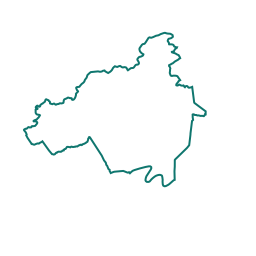 Palestina, Guayas, Ecuador, rotated 236°
{"feature_id": "8360857B38620743711757", "entity_name": "Palestina", "entity_type": "district", "adm_level": 2, "iso_a3": "ECU", "parent_name": "Ecuador", "parent_adm1": "Guayas", "projection": "robinson", "projection_center": [-79.904, -1.631], "detail": "fine", "context": "isolated", "style": "outline", "palette": "teal", "viewbox_px": 256, "rotation_deg": 236, "n_neighbors": 0, "source": "geoboundaries", "source_scale": "gbopen_adm2", "svg_char_len": 5865}
<svg xmlns="http://www.w3.org/2000/svg" viewBox="0 0 256 256"><g transform="rotate(236 128 128)"><path d="M58.9,137.7L66.1,142.3L69.9,145.2L75.3,148.9L75.6,149.7L76.1,152.6L78.5,165.8L79.5,169.1L87.5,176.0L88.7,176.9L98.0,185.0L98.3,186.5L100.5,187.5L103.0,189.1L103.0,189.5L102.5,190.2L101.4,190.7L100.6,191.9L99.7,192.4L99.0,193.5L98.2,194.3L97.6,194.7L96.3,196.7L95.6,197.2L95.4,197.5L95.5,198.0L95.8,198.4L95.8,199.4L96.2,199.6L95.9,200.0L98.4,201.7L111.0,197.3L111.6,197.1L112.3,197.2L126.2,204.2L126.5,202.7L126.8,202.2L127.0,201.6L127.6,200.8L127.9,200.7L129.4,200.6L130.0,200.1L130.3,199.4L130.3,198.8L130.0,198.0L130.7,197.8L131.9,197.9L132.3,197.8L132.5,197.1L132.8,196.6L133.5,195.8L135.2,194.9L135.4,194.5L135.3,193.8L135.5,192.9L135.7,192.5L136.3,192.0L136.7,192.0L137.5,193.1L137.6,193.7L138.3,195.8L138.5,196.0L138.6,196.3L138.5,198.0L143.3,197.9L144.3,197.2L145.2,196.1L146.1,194.7L146.6,193.5L147.1,193.1L147.5,192.8L148.0,192.8L149.3,193.1L150.3,193.4L152.0,194.9L152.9,195.5L153.7,196.4L155.2,196.8L156.4,196.7L156.7,196.9L157.1,197.2L156.8,199.3L156.9,199.9L156.6,201.2L156.9,204.1L156.6,207.9L156.8,209.1L156.7,210.3L158.1,210.6L160.1,210.7L161.7,209.7L163.3,209.0L166.1,206.8L166.4,206.8L166.6,206.9L166.6,207.1L165.8,208.8L166.0,209.2L166.4,209.6L167.3,211.8L167.3,212.2L167.0,212.8L167.1,213.1L167.5,213.7L167.7,213.4L168.1,213.0L169.3,212.2L169.8,211.9L171.3,212.1L172.0,211.8L172.5,211.4L173.3,210.5L174.3,208.9L174.6,208.9L175.6,209.5L176.3,209.6L177.6,209.5L178.2,209.8L178.9,210.7L179.2,211.6L179.1,211.9L178.4,213.9L178.4,215.7L178.5,216.1L178.8,216.4L180.1,216.9L181.3,216.4L182.4,215.8L183.0,215.1L184.1,213.7L185.1,212.7L185.8,212.3L186.4,211.6L186.8,210.5L187.6,207.5L187.8,205.2L188.8,202.8L189.3,199.7L189.8,197.8L190.3,197.2L191.0,196.7L191.2,196.0L191.2,195.3L189.2,190.7L188.6,189.0L188.6,188.7L189.2,187.3L189.2,186.1L187.8,182.5L187.4,181.9L186.9,181.5L185.6,181.0L184.7,180.8L182.4,181.1L180.5,182.0L180.3,181.9L179.9,181.2L179.7,180.6L179.9,179.1L180.1,178.2L180.5,177.4L180.6,176.8L180.2,175.1L179.9,174.4L179.7,174.2L179.3,173.9L177.1,173.8L175.9,173.5L175.3,173.0L175.1,172.3L175.1,171.6L175.3,171.2L175.8,170.4L175.9,169.8L175.8,169.0L175.0,166.9L174.9,166.2L175.0,165.7L175.9,164.1L176.0,163.7L175.9,160.2L176.5,160.1L177.8,160.3L179.0,160.3L179.6,160.0L180.6,158.9L181.0,157.7L181.5,157.2L182.0,156.9L183.6,156.3L183.9,156.1L184.3,155.1L184.6,153.3L185.6,152.3L186.5,151.7L186.4,150.4L186.1,149.1L185.1,147.2L184.7,145.6L184.6,144.6L184.7,142.3L186.4,141.4L188.0,140.7L188.8,140.7L189.4,139.4L189.5,137.9L189.9,136.9L190.3,136.2L191.7,134.8L195.1,128.5L195.1,127.3L194.6,124.2L194.2,123.5L192.9,121.9L192.1,119.5L191.8,118.9L191.0,117.9L190.7,117.1L190.5,116.1L190.4,114.2L189.7,111.6L189.4,111.0L189.4,110.6L190.4,108.7L190.5,108.0L190.3,107.5L189.9,107.3L187.9,106.9L186.5,107.1L186.2,107.0L185.9,105.9L185.7,104.7L185.4,103.9L184.5,103.4L184.1,102.9L183.3,102.0L182.5,100.7L182.0,99.3L182.0,98.9L182.0,98.5L182.4,97.7L183.0,97.4L183.6,97.8L184.0,97.9L184.4,97.7L185.5,96.3L186.4,95.7L186.8,95.2L186.9,93.4L187.0,92.9L187.2,92.3L187.3,91.1L186.8,90.2L185.1,88.7L185.0,88.4L185.4,86.9L186.7,85.1L186.7,84.0L187.5,82.4L187.5,81.8L187.7,81.2L188.1,80.9L189.3,80.6L189.7,80.2L190.1,78.5L191.0,77.9L191.7,77.2L192.2,77.2L193.2,77.8L193.7,77.9L194.6,77.5L195.5,77.6L196.4,76.9L197.4,76.4L197.6,76.1L197.6,75.8L197.4,75.2L196.4,74.0L196.2,73.5L196.2,71.9L196.0,70.8L196.2,70.1L196.2,69.4L195.9,67.8L195.4,67.6L195.2,67.3L195.1,67.0L195.1,66.7L195.3,66.3L196.0,65.8L197.0,65.6L197.1,65.4L197.3,65.1L197.3,64.6L197.0,63.4L196.6,63.0L196.1,62.9L195.7,63.0L195.3,63.8L194.8,63.9L194.6,63.8L194.4,63.5L194.5,63.2L194.9,62.1L194.9,61.7L192.5,60.1L192.0,59.9L190.7,59.9L190.0,60.2L188.5,61.8L188.2,62.0L187.8,62.1L187.6,61.8L186.7,59.7L186.5,58.3L186.1,57.1L186.5,55.6L186.7,54.7L186.7,53.8L186.6,53.6L186.2,53.6L185.7,54.4L185.0,55.2L184.4,55.7L183.6,55.9L183.0,55.7L182.5,54.9L181.7,52.3L182.0,51.5L182.3,50.7L182.9,50.0L183.2,49.4L183.2,49.0L182.7,48.4L182.7,48.1L183.4,46.8L184.2,46.2L184.4,45.9L184.4,45.1L184.2,44.6L184.1,43.5L184.6,42.8L184.7,42.4L184.8,41.4L184.8,41.1L184.6,40.7L184.3,40.6L183.8,40.6L182.3,40.8L180.8,40.7L179.2,40.3L179.0,40.1L178.8,39.5L175.9,39.2L169.5,39.2L169.3,39.3L168.8,39.1L168.5,39.2L168.0,39.8L166.9,40.6L166.5,41.1L166.2,42.9L165.8,44.3L165.5,44.8L165.2,45.0L164.9,45.5L165.0,46.6L164.7,48.7L164.8,49.6L153.6,49.9L148.8,50.4L148.5,50.8L147.5,51.6L147.2,52.5L147.2,52.8L147.6,54.2L147.6,54.6L147.3,55.0L147.3,55.3L147.5,55.5L147.5,55.9L147.2,57.2L146.7,57.8L146.2,58.7L145.8,59.0L145.7,60.3L145.9,61.0L145.3,62.2L145.4,62.4L145.7,62.6L145.9,62.7L145.9,63.8L145.7,64.2L145.6,64.7L145.7,65.1L146.2,66.1L146.4,66.9L146.2,67.3L145.4,68.3L144.2,69.4L144.3,70.3L144.1,70.8L143.0,71.7L142.8,72.2L142.5,72.6L142.2,73.6L141.9,73.9L141.8,74.7L141.0,75.7L141.0,76.2L141.1,77.0L141.0,78.0L140.8,78.2L140.8,78.8L140.7,79.3L140.5,79.6L140.0,79.7L139.9,80.5L139.7,80.6L139.8,81.8L139.4,82.9L139.4,83.5L139.2,84.4L139.4,85.4L139.3,86.1L139.3,86.7L139.7,87.2L140.8,88.6L141.4,89.0L141.6,89.4L141.6,89.9L142.2,90.7L142.1,90.9L141.6,91.2L119.8,90.8L114.5,90.0L111.7,90.2L110.8,89.9L109.9,89.5L109.4,89.4L108.3,89.6L105.2,88.9L104.8,88.9L103.7,89.4L102.5,88.7L100.7,88.6L100.3,88.5L99.7,91.3L99.3,92.4L95.1,100.0L94.6,100.4L91.4,102.6L91.0,103.1L90.8,103.7L90.8,104.1L89.4,104.3L89.7,105.8L89.9,107.9L89.5,109.9L87.9,115.1L85.8,121.0L84.5,124.0L84.0,124.7L83.6,125.1L82.7,125.4L81.7,124.9L80.9,123.8L77.7,116.3L76.6,114.8L75.1,113.4L74.7,113.2L73.9,113.1L72.8,113.5L72.0,114.6L71.7,115.3L71.6,116.0L71.7,116.6L72.3,118.6L72.6,120.5L72.8,122.9L72.7,124.7L72.3,126.2L71.7,127.7L70.9,128.7L69.8,129.4L69.2,129.4L67.9,128.9L65.7,127.8L64.1,126.6L62.0,125.4L60.6,125.0L59.5,125.5L59.1,126.0L58.7,126.9L58.4,129.4L58.4,130.8L59.1,136.2L59.1,137.0L58.9,137.7Z" fill="none" stroke="#0f766e" stroke-width="2"/></g></svg>